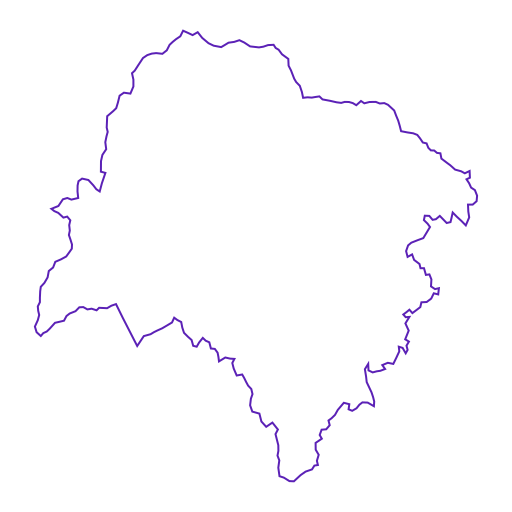 the district of São João do Triunfo, Paraná, Brazil
{"feature_id": "56859067B92215694258834", "entity_name": "São João do Triunfo", "entity_type": "district", "adm_level": 2, "iso_a3": "BRA", "parent_name": "Brazil", "parent_adm1": "Paraná", "projection": "equal_earth", "projection_center": [-50.278, -25.688], "detail": "fine", "context": "isolated", "style": "outline", "palette": "violet", "viewbox_px": 512, "rotation_deg": 0, "n_neighbors": 0, "source": "geoboundaries", "source_scale": "gbopen_adm2", "svg_char_len": 4000}
<svg xmlns="http://www.w3.org/2000/svg" viewBox="0 0 512 512"><path d="M321.8,438.7L319.7,435.0L321.6,429.7L326.2,429.3L329.7,425.2L328.5,420.5L331.5,418.3L335.0,414.9L337.8,409.9L343.8,402.8L349.3,404.2L348.6,409.3L352.2,410.8L356.5,408.3L359.4,404.7L362.4,402.4L367.7,402.6L373.9,406.2L374.2,401.5L373.1,397.1L371.5,392.3L366.7,382.1L366.1,376.7L364.9,369.2L368.2,363.9L368.5,370.4L372.7,372.4L376.8,371.3L380.3,370.8L385.1,369.0L382.3,365.1L387.8,362.8L393.3,363.9L396.4,357.6L399.3,351.3L398.8,346.7L402.6,347.9L405.7,353.3L407.6,349.9L406.5,345.7L408.9,341.6L405.2,339.3L408.7,330.6L405.4,323.4L409.4,316.9L405.7,317.2L403.3,314.5L406.4,312.2L409.4,309.7L412.4,313.1L416.9,309.7L420.3,307.1L421.4,302.3L426.7,302.0L431.2,298.6L433.8,293.3L438.2,294.4L438.9,288.2L435.0,289.1L431.0,286.4L431.4,279.4L429.4,274.4L425.9,274.9L424.0,268.2L420.5,268.2L419.5,264.0L414.1,259.9L412.1,254.4L407.6,256.9L406.1,251.1L408.1,245.4L411.3,242.7L417.6,240.2L423.3,238.1L430.0,227.0L427.6,223.7L423.9,220.1L424.8,215.7L429.3,215.9L432.6,219.8L435.9,219.2L439.8,215.9L446.7,223.0L450.5,222.1L451.5,218.0L452.7,212.5L456.8,216.7L461.5,221.0L465.8,225.4L469.2,217.4L468.3,211.5L468.0,204.6L472.7,204.6L476.6,201.2L477.1,195.7L474.9,190.1L471.1,187.6L469.1,183.2L466.5,179.3L469.9,177.7L469.6,171.0L464.8,173.3L461.2,171.3L455.1,169.6L450.2,165.2L447.2,163.0L441.4,158.6L440.4,153.3L437.0,152.9L434.2,150.5L430.9,150.4L428.3,147.8L426.6,143.4L422.8,142.5L420.0,138.3L417.3,134.9L413.2,133.3L407.3,132.4L401.1,131.2L399.7,125.7L398.2,120.6L396.2,115.8L394.2,110.5L391.5,108.0L388.0,104.8L384.3,103.1L379.8,103.5L375.8,101.9L369.5,102.0L364.3,103.3L361.0,101.0L356.3,105.2L352.8,103.1L349.0,102.0L344.7,101.9L341.2,102.9L336.6,102.3L330.0,100.8L322.5,99.4L319.4,96.4L315.3,97.0L311.8,97.6L307.5,97.3L303.1,97.8L301.9,92.0L299.8,85.8L296.2,82.1L294.2,78.7L291.0,70.4L288.6,65.7L288.3,58.9L282.0,54.3L278.6,49.7L275.7,48.0L273.6,44.8L268.0,45.1L263.3,46.7L259.0,47.4L250.1,46.4L244.2,42.5L239.4,40.2L234.2,41.9L228.5,42.7L224.6,45.1L221.2,47.1L213.7,45.7L208.5,43.2L202.2,37.9L197.7,32.2L192.6,35.1L188.0,32.9L183.1,30.7L180.3,36.3L176.0,39.2L172.7,41.9L169.6,44.8L166.8,50.3L162.4,53.8L156.2,53.1L151.8,53.6L147.3,55.1L143.0,58.0L138.5,64.8L134.7,70.7L132.0,73.2L133.4,79.6L133.4,86.5L130.4,93.6L123.9,92.7L119.6,95.7L117.9,102.6L116.2,108.2L113.2,111.1L107.2,116.2L106.7,127.6L107.7,131.9L106.5,136.3L105.3,142.2L106.2,149.2L102.4,154.9L101.0,161.1L100.9,171.7L105.4,172.9L101.9,183.2L99.7,191.5L96.3,189.2L93.3,185.3L88.4,180.0L82.1,178.6L78.5,181.2L77.6,185.5L77.5,191.4L78.2,198.0L71.4,199.6L67.3,198.0L62.9,199.3L58.4,206.0L51.4,208.8L54.3,211.1L58.3,212.9L63.4,217.6L67.2,216.6L70.3,220.3L69.2,225.1L69.8,230.6L68.9,235.0L70.4,239.4L72.0,244.5L71.8,248.7L69.2,252.4L66.2,256.5L60.9,259.4L55.3,261.8L53.1,267.5L48.8,271.0L47.6,277.4L44.4,282.9L40.8,286.8L40.2,291.2L39.9,297.7L39.9,302.2L37.8,306.4L38.2,310.8L39.2,315.0L37.8,320.2L34.9,326.6L36.6,332.2L40.8,336.0L43.3,333.1L46.8,331.5L49.7,328.7L55.0,322.8L59.0,321.9L64.0,320.7L66.5,316.0L69.7,313.5L75.5,311.2L79.3,307.3L83.3,307.1L87.4,309.4L91.6,308.7L96.6,310.3L99.1,307.8L107.1,308.2L111.4,305.7L116.0,304.1L122.8,317.9L137.2,346.0L143.8,336.1L150.6,334.2L153.9,332.2L157.1,330.6L162.2,328.3L172.0,322.5L174.2,317.7L177.3,320.0L181.2,322.0L182.3,327.6L184.0,332.8L188.0,336.8L191.6,340.0L193.2,345.8L196.7,346.7L199.1,342.5L202.8,337.9L205.7,340.7L209.3,342.3L210.9,348.5L214.8,348.9L217.6,352.7L218.4,356.8L219.0,361.4L225.3,357.5L230.0,358.6L234.4,358.9L232.3,363.0L233.7,368.5L236.7,375.5L242.2,374.5L244.2,378.0L246.1,381.9L248.1,385.6L251.3,389.0L252.5,394.1L250.9,398.7L250.1,405.3L252.3,411.6L259.4,413.6L261.4,421.5L266.2,426.8L272.4,422.6L277.9,429.5L275.5,434.1L278.3,445.2L278.4,450.9L277.5,455.6L279.3,460.4L278.3,467.7L279.5,476.2L283.8,477.6L289.4,481.1L293.9,481.3L300.6,475.1L305.6,471.6L312.0,469.4L314.4,465.6L317.9,465.0L316.9,460.8L318.7,454.8L315.7,449.7L315.6,442.9L321.8,438.7Z" fill="none" stroke="#5b21b6" stroke-width="2"/></svg>